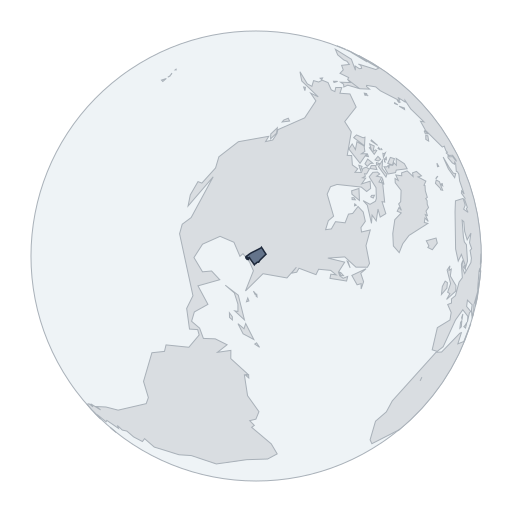 Alabama highlighted on a globe, orthographic projection, rotated 56°
{"feature_id": "USA-3541", "entity_name": "Alabama", "entity_type": "State", "adm_level": 1, "iso_a3": "USA", "parent_name": "United States of America", "parent_adm1": "", "projection": "orthographic", "projection_center": [-86.886, 32.617], "detail": "fine", "context": "on_globe", "style": "filled", "palette": "slate", "viewbox_px": 512, "rotation_deg": 56, "n_neighbors": 0, "source": "natural_earth", "source_scale": "10m", "svg_char_len": 11871}
<svg xmlns="http://www.w3.org/2000/svg" viewBox="0 0 512 512"><g transform="rotate(56 256 256)"><circle cx="256" cy="256" r="225" fill="#eef3f6" stroke="#a8b0b8"/><path d="M289.7,347.3L284.4,345.5L279.4,352.0L260.7,342.8L253.7,330.5L194.8,306.9L188.4,299.4L187.9,288.3L166.4,247.2L176.6,284.4L168.6,276.3L161.9,262.5L165.3,260.1L160.4,240.3L153.0,231.3L151.4,206.7L163.9,178.5L166.5,184.1L169.2,177.3L166.2,170.1L163.5,167.2L168.7,138.4L160.9,119.6L151.5,119.6L158.9,115.4L136.5,120.2L127.8,116.5L141.9,117.2L146.6,114.8L142.8,110.2L146.8,106.8L147.3,102.8L152.5,99.3L160.3,100.7L163.8,98.7L160.9,95.6L164.3,90.7L168.0,95.4L174.2,87.5L188.5,89.7L194.2,107.3L206.4,107.6L223.6,124.1L226.2,120.5L234.4,125.2L240.6,122.9L242.0,127.2L245.7,121.8L243.2,118.4L244.0,115.0L247.4,113.5L249.8,118.5L248.5,120.0L251.0,120.7L250.7,123.9L252.8,121.5L255.3,128.1L257.8,119.6L264.1,123.2L264.4,128.2L257.7,130.2L242.0,148.8L240.2,155.5L244.5,162.4L266.4,169.4L267.2,176.3L273.1,183.6L275.7,178.4L272.0,170.9L278.3,163.6L273.0,155.9L274.8,152.1L272.0,143.7L279.5,142.5L288.4,146.0L291.1,153.1L295.1,155.1L298.3,146.7L308.9,159.0L325.7,166.1L327.6,169.9L321.1,179.4L306.4,182.9L297.9,197.6L310.7,185.9L315.4,196.6L319.2,197.7L323.2,196.2L324.2,191.4L327.4,194.9L315.9,207.2L312.9,204.1L316.5,200.1L309.7,202.1L302.0,211.5L305.0,216.7L290.2,227.2L292.2,231.3L290.1,236.2L287.9,228.8L291.5,242.6L274.6,260.1L279.1,284.3L266.8,266.4L257.6,264.7L246.8,265.5L247.3,269.5L232.3,266.6L219.6,274.8L216.3,293.7L222.6,308.3L239.2,309.2L243.6,301.2L255.4,299.3L248.3,320.8L269.2,322.9L267.9,338.4L274.1,345.9L284.3,343.1L294.9,345.7L301.9,336.1L313.4,329.6L314.3,341.8L320.2,329.6L327.0,334.3L349.6,328.8L348.0,332.1L367.1,341.1L386.7,340.6L391.2,347.3L389.0,353.3L395.5,352.1L395.6,355.4L420.3,348.4L431.9,349.1L430.8,359.9L419.6,377.7L406.2,405.2L385.3,421.2L377.7,431.0L357.5,447.2L345.1,450.5L346.3,453.9L337.6,458.6L328.9,461.0L325.5,464.2L319.0,465.7L322.0,466.4L308.9,471.6L309.6,473.0L299.5,476.1L300.2,476.5L297.3,477.0L293.6,477.7L292.4,478.1L284.5,478.8L285.1,477.1L290.0,475.5L286.1,475.7L296.7,470.9L291.7,472.3L297.3,464.8L306.7,456.5L317.0,429.6L313.2,424.4L297.1,419.4L278.0,396.4L283.9,385.2L279.4,380.3L294.1,362.7L289.7,347.3ZM57.3,236.0L58.7,231.1L59.2,235.7L57.3,236.0ZM58.7,227.2L58.4,229.1L58.5,227.3L58.7,227.2ZM58.2,225.4L58.6,226.7L58.0,225.6L58.2,225.4ZM57.3,223.4L57.9,224.3L57.7,224.4L57.3,223.4ZM278.6,292.6L302.5,301.3L289.6,304.3L291.9,302.0L285.8,297.9L274.5,294.6L263.0,297.8L278.6,292.6ZM56.5,219.0L56.4,217.8L57.1,218.1L56.5,219.0ZM287.7,278.3L283.7,277.8L287.6,277.3L287.7,278.3ZM161.6,166.6L165.7,170.4L167.0,178.4L163.1,175.5L161.6,166.6ZM159.8,152.2L162.9,152.7L159.5,159.4L158.8,157.0L159.8,152.2ZM143.8,120.7L146.3,123.0L142.5,122.0L143.8,120.7ZM146.5,102.9L144.5,103.4L145.6,101.2L146.5,102.9ZM268.0,145.0L270.0,144.4L269.5,146.3L268.0,145.0ZM265.0,142.2L263.0,144.8L261.3,143.8L262.5,142.2L265.0,142.2ZM154.5,94.0L156.9,90.6L155.8,94.3L154.5,94.0ZM267.8,139.2L258.4,141.9L255.4,140.2L257.6,132.9L267.8,139.2ZM159.2,88.7L164.8,81.0L160.9,81.3L175.3,76.5L165.7,84.4L165.0,88.7L162.6,87.3L159.2,88.7ZM241.0,118.0L243.8,121.5L238.3,120.0L241.0,118.0ZM237.3,117.9L219.3,119.2L216.9,113.6L223.4,114.1L217.7,108.4L225.3,104.9L230.2,107.3L230.2,111.5L233.1,107.1L237.3,117.9ZM182.3,75.4L184.8,74.0L183.7,75.8L182.3,75.4ZM243.9,113.5L240.5,114.1L238.1,109.2L244.5,107.2L243.2,109.4L243.9,113.5ZM212.5,108.8L211.8,105.0L217.9,101.1L218.4,99.2L225.3,104.4L212.5,108.8ZM245.5,109.8L247.8,106.4L252.0,107.4L247.1,112.7L245.5,109.8ZM234.8,108.9L234.0,106.6L236.5,107.2L234.8,108.9ZM268.3,109.9L264.2,110.4L262.7,107.8L268.3,109.9ZM248.4,105.1L247.0,104.7L245.9,103.9L248.3,102.0L248.4,105.1ZM229.1,101.5L231.7,100.8L226.6,99.1L230.9,96.5L234.7,100.5L234.8,97.7L236.1,96.9L237.8,101.1L229.1,101.5ZM247.4,97.6L253.8,102.4L261.6,101.9L263.2,104.1L250.3,104.5L247.4,97.6ZM241.6,99.2L245.6,98.6L245.6,101.5L242.9,103.6L241.6,99.2ZM232.4,93.3L224.8,96.3L224.3,95.4L232.4,93.3ZM249.7,96.8L248.1,95.7L250.3,96.5L249.7,96.8ZM237.7,93.6L235.1,94.8L234.5,93.6L237.7,93.6ZM247.1,92.8L249.2,94.2L247.4,95.6L247.1,92.8ZM242.8,92.7L242.7,90.9L245.6,95.3L241.8,93.4L242.8,92.7ZM237.6,92.4L236.4,92.1L238.8,92.1L237.6,92.4ZM252.7,86.8L256.8,92.0L252.9,95.0L249.4,89.5L252.7,86.8ZM296.9,477.5L284.8,478.9L291.9,478.2L298.8,476.8L304.4,476.0L296.9,477.5ZM316.3,472.8L323.1,470.8L324.2,470.6L319.7,472.0L316.3,472.8ZM414.6,96.0L420.4,102.3L416.0,98.7L400.4,83.3L393.7,77.7L414.6,96.0ZM386.6,72.4L388.2,74.0L379.7,68.2L388.3,74.6L389.0,74.6L394.4,78.9L394.1,79.2L391.1,77.0L393.2,79.5L406.9,90.4L409.1,91.7L418.1,102.4L422.6,105.7L427.0,110.9L421.0,107.4L417.3,104.1L410.8,105.4L415.6,109.6L422.0,109.0L422.5,110.9L429.0,117.7L424.5,114.1L416.2,114.6L420.6,126.4L435.9,151.6L436.4,159.1L432.3,162.4L416.8,145.7L417.5,131.0L412.0,125.8L403.4,124.2L404.3,120.2L400.9,118.0L400.4,112.8L391.2,102.2L389.4,97.1L377.8,90.4L375.3,87.1L382.9,91.8L387.2,92.8L381.6,81.5L378.2,78.6L371.1,75.4L370.5,73.1L364.3,71.5L357.2,65.0L360.7,71.9L352.4,69.3L343.7,64.5L341.6,65.1L355.8,73.2L360.8,75.4L364.2,75.2L378.5,83.5L382.2,88.1L369.5,84.8L373.3,91.2L361.8,86.6L330.7,66.3L321.8,59.8L324.1,52.1L330.8,54.1L333.3,57.7L338.4,55.8L334.4,55.2L333.9,53.6L325.9,51.5L325.1,50.4L318.7,50.6L316.9,49.0L321.0,48.8L307.6,45.2L301.6,42.1L298.9,41.9L297.8,42.6L291.0,38.8L289.3,38.8L290.9,40.1L288.6,41.2L281.9,41.9L279.9,40.5L282.0,40.1L283.6,37.4L289.7,37.0L288.2,36.5L282.4,36.7L280.5,39.8L277.0,40.7L277.0,38.9L276.7,39.6L274.4,39.6L270.2,38.5L269.8,40.6L246.6,45.2L236.2,44.3L238.8,41.7L220.5,45.5L210.2,45.4L211.7,46.3L203.9,49.7L207.0,49.6L207.1,50.4L188.6,60.5L182.7,62.2L176.4,68.9L177.2,69.6L181.2,68.5L175.3,76.5L160.9,81.3L159.9,79.4L151.5,84.2L150.5,79.6L145.8,78.4L149.4,71.5L145.4,71.7L142.6,73.6L134.9,75.8L129.0,74.6L146.2,66.9L157.6,69.7L154.0,67.5L158.5,65.6L159.5,63.5L156.7,62.5L154.1,63.8L168.4,52.4L168.9,49.0L159.9,53.5L153.1,56.5L147.1,58.8L161.2,51.6L175.8,45.5L190.7,40.4L206.0,36.3L221.6,33.4L237.2,31.5L253.0,30.7L268.8,31.1L284.6,32.5L300.2,35.1L315.6,38.7L330.6,43.4L345.4,49.2L359.6,56.0L373.4,63.7L386.6,72.4ZM480.4,236.0L479.9,232.7L479.9,236.2L476.4,264.9L472.2,264.2L459.8,249.3L458.1,235.1L452.3,224.0L436.5,160.6L439.4,155.8L434.0,130.1L434.4,128.6L441.7,137.8L443.1,131.5L435.6,120.8L432.3,115.8L442.0,129.0L450.8,142.8L458.5,157.3L465.2,172.3L470.7,187.8L475.1,203.6L478.3,219.7L480.4,236.0ZM449.2,186.2L451.3,189.8L449.2,186.2ZM350.3,328.5L353.1,330.2L349.5,331.2L350.3,328.5ZM288.2,309.8L293.1,309.6L295.8,311.3L292.1,312.3L288.2,309.8ZM328.3,304.1L333.7,304.1L328.3,306.3L328.3,304.1ZM306.2,302.3L324.0,304.5L313.3,310.2L302.0,308.8L309.6,306.6L306.2,302.3ZM286.2,286.3L289.3,287.0L288.6,289.5L286.2,286.3ZM290.6,278.0L289.4,278.4L287.7,276.5L290.6,278.0ZM316.1,195.8L317.1,195.0L321.3,194.4L319.7,196.7L316.1,195.8ZM337.5,181.2L342.1,187.3L337.7,184.3L336.4,188.3L325.7,187.4L328.1,171.8L328.9,178.8L337.5,181.2ZM312.0,182.8L318.5,184.6L311.2,183.3L312.0,182.8ZM382.6,113.2L385.1,112.2L389.4,115.7L391.6,123.8L385.5,118.6L382.6,113.2ZM387.7,110.1L374.5,105.4L372.6,100.7L375.9,104.0L376.0,101.4L381.3,106.1L392.4,106.8L396.8,110.1L398.6,122.3L395.6,116.3L393.2,117.4L387.7,110.1ZM344.3,107.0L338.6,106.3L341.8,96.7L346.7,98.5L349.4,106.3L345.0,108.8L344.3,107.0ZM273.5,126.4L271.1,127.8L270.4,126.2L271.9,123.8L273.5,126.4ZM266.5,110.3L283.3,119.2L281.4,121.1L293.5,124.7L293.2,131.3L285.3,128.6L294.1,136.7L287.0,136.9L293.5,142.0L276.1,135.3L270.0,136.2L276.9,132.6L277.4,126.4L275.7,124.1L266.5,118.3L253.6,117.9L252.0,112.3L254.3,108.4L257.2,107.6L257.3,111.4L261.0,107.7L263.4,112.7L266.5,110.3ZM282.1,74.0L281.0,77.5L288.9,73.3L291.3,77.2L292.1,76.5L296.5,79.1L303.2,81.2L303.3,83.2L305.8,83.2L308.8,85.1L312.3,85.9L313.8,89.9L318.3,91.3L316.4,92.5L323.7,93.9L319.0,94.7L322.3,97.7L325.1,95.3L324.5,117.7L327.9,127.5L333.3,135.4L324.5,136.5L313.8,130.0L303.5,120.6L301.5,111.5L297.8,113.9L295.8,110.4L299.5,109.9L292.6,108.6L291.9,105.7L282.7,99.0L273.1,99.6L269.5,97.4L272.9,95.8L267.0,94.8L271.0,90.3L268.5,88.8L270.0,83.1L278.0,81.3L274.6,79.7L275.6,75.7L282.1,74.0ZM253.4,85.2L262.4,81.4L268.2,81.9L263.2,91.7L264.9,93.7L261.9,100.6L253.6,99.9L255.2,97.9L254.9,95.9L257.6,96.9L255.1,94.6L257.3,92.0L256.0,89.5L259.3,88.9L253.4,85.2ZM430.8,123.2L430.4,121.4L428.8,118.1L432.9,122.6L430.8,123.2ZM425.5,123.6L424.5,121.3L429.5,125.4L429.9,127.4L425.5,123.6ZM419.7,116.9L424.1,120.9L422.0,119.9L419.7,116.9ZM381.5,89.8L380.0,87.6L381.5,88.0L384.3,90.0L381.5,89.8ZM305.9,64.5L304.4,65.9L302.9,65.4L296.1,66.6L293.8,64.1L296.9,62.4L305.9,64.5ZM427.3,110.6L425.8,108.2L428.4,111.8L427.3,110.6ZM302.2,62.0L299.7,62.7L300.1,61.1L302.2,62.0ZM291.7,62.4L291.5,60.5L292.7,63.9L291.7,62.4ZM278.6,45.5L290.6,46.3L297.7,46.1L299.3,44.3L302.2,47.5L291.3,47.8L278.6,45.5ZM250.8,45.2L249.5,47.3L246.6,46.7L246.5,46.1L250.8,45.2ZM252.4,46.3L257.3,48.6L254.3,50.0L251.1,47.9L252.4,46.3ZM280.2,54.1L283.9,54.4L283.5,55.6L280.2,54.1ZM134.7,66.1L128.8,70.1L127.0,71.3L134.7,66.1ZM135.7,65.5L140.0,62.9L155.1,55.8L156.1,55.9L140.2,63.3L143.4,61.3L141.2,62.3L135.7,65.5ZM183.2,73.5L184.7,73.9L182.1,74.6L183.2,73.5ZM209.0,50.4L208.8,51.6L205.8,52.0L209.0,50.4ZM206.4,55.3L210.0,53.9L207.0,55.9L206.4,55.3ZM217.7,50.9L211.8,53.6L216.3,50.2L217.7,50.9Z" fill="#d9dde1" stroke="#a8b0b8" stroke-width="1"/><path d="M254.2,264.4L254.2,264.5L254.3,264.5L254.1,264.7L254.1,264.8L253.9,264.9L253.8,265.0L253.7,265.0L253.6,264.9L253.6,265.0L253.4,265.3L252.9,265.3L252.5,265.3L252.2,265.4L252.4,265.3L252.4,265.2L252.5,265.3L252.8,265.3L252.9,265.2L253.0,265.2L252.8,264.9L252.8,264.7L252.7,264.7L252.7,264.8L252.7,264.7L252.5,264.4L252.4,264.4L252.5,264.2L252.4,263.7L252.2,263.6L252.2,263.4L252.2,263.5L252.0,263.8L252.0,264.0L251.9,264.0L251.9,264.3L251.8,264.5L251.8,264.9L251.8,265.0L251.7,265.0L251.6,264.9L251.3,264.7L251.2,264.7L251.2,264.8L251.1,264.7L250.9,264.7L250.8,264.4L250.8,264.0L250.8,263.6L250.8,263.2L250.8,262.9L250.8,262.5L250.8,262.1L250.8,261.8L250.7,261.4L250.7,261.0L250.7,260.7L250.7,260.3L250.7,259.9L250.7,259.6L250.7,259.2L250.7,258.8L250.7,258.7L250.7,258.3L250.8,258.1L250.8,257.7L250.8,257.4L250.9,257.0L250.9,256.6L251.0,256.1L251.1,255.6L251.1,255.1L251.2,254.6L251.3,254.1L251.3,253.5L251.4,253.0L251.5,252.5L251.5,251.9L251.6,251.4L251.7,250.9L251.7,250.4L251.8,249.9L251.8,249.4L251.9,249.0L251.9,248.6L252.0,248.2L252.0,247.9L252.0,247.7L252.1,247.3L252.1,247.2L252.0,246.9L251.9,246.8L251.8,246.6L252.0,246.6L252.5,246.6L253.0,246.6L253.5,246.6L254.0,246.6L254.5,246.6L255.0,246.6L255.5,246.6L256.0,246.7L256.5,246.7L257.0,246.7L257.5,246.7L258.0,246.7L258.5,246.7L259.0,246.7L259.6,246.7L260.1,246.7L260.1,246.8L260.2,247.1L260.2,247.3L260.3,247.6L260.3,247.8L260.4,248.1L260.4,248.4L260.5,248.8L260.6,249.1L260.6,249.5L260.7,249.8L260.8,250.2L260.8,250.6L260.9,250.9L261.0,251.3L261.0,251.7L261.1,252.0L261.2,252.4L261.2,252.7L261.3,253.0L261.3,253.3L261.4,253.5L261.4,253.8L261.4,254.0L261.5,254.2L261.5,254.3L261.5,254.5L261.7,255.0L261.8,255.3L261.8,255.5L261.9,255.8L262.0,255.9L262.0,256.0L262.2,256.3L262.3,256.4L262.3,256.5L262.4,256.8L262.3,257.0L262.5,257.2L262.6,257.3L262.5,257.5L262.4,257.5L262.2,257.6L262.1,257.8L262.1,258.0L262.1,258.3L261.9,258.6L261.9,258.8L261.8,259.0L261.9,259.6L262.0,259.7L262.1,259.8L262.1,260.0L262.2,260.3L262.1,260.6L262.0,260.8L262.0,261.1L262.0,261.3L262.0,261.5L262.2,261.8L262.3,262.0L262.4,262.3L261.8,262.3L261.3,262.3L260.7,262.3L260.2,262.3L259.7,262.3L259.1,262.3L258.6,262.3L258.1,262.4L257.5,262.4L257.0,262.4L256.4,262.4L255.9,262.4L255.4,262.4L254.8,262.4L254.3,262.4L253.8,262.3L253.6,262.3L253.6,262.6L253.5,262.8L253.6,263.0L253.8,263.2L253.8,263.3L254.2,263.6L254.2,263.9L254.2,264.0L254.2,264.4L254.2,264.4ZM252.0,265.3L251.9,265.3L251.2,265.3L251.5,265.2L251.8,265.2L252.0,265.2L252.0,265.3ZM254.0,265.1L253.9,265.1L254.0,265.1Z" fill="#64748b" stroke="#1e293b" stroke-width="1.5"/></g></svg>